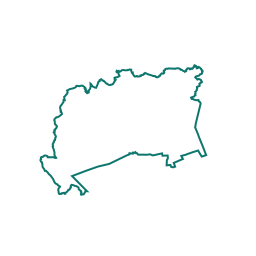 Tepechitlán, Zacatecas, Mexico, rotated 329°
{"feature_id": "50627088B62604007520144", "entity_name": "Tepechitlán", "entity_type": "district", "adm_level": 2, "iso_a3": "MEX", "parent_name": "Mexico", "parent_adm1": "Zacatecas", "projection": "natural_earth1", "projection_center": [-103.352, 21.615], "detail": "fine", "context": "isolated", "style": "outline", "palette": "teal", "viewbox_px": 256, "rotation_deg": 329, "n_neighbors": 0, "source": "geoboundaries", "source_scale": "gbopen_adm2", "svg_char_len": 5716}
<svg xmlns="http://www.w3.org/2000/svg" viewBox="0 0 256 256"><g transform="rotate(329 128 128)"><path d="M35.2,149.2L36.1,149.8L36.7,149.8L37.1,150.2L37.3,150.1L37.6,149.8L39.7,150.6L39.7,151.7L40.6,152.0L41.1,151.3L42.6,151.3L44.2,150.8L44.9,150.3L45.2,150.6L46.4,150.6L47.1,149.8L48.2,149.7L48.6,149.4L49.0,148.2L50.0,147.7L50.5,147.7L51.7,148.9L52.6,150.1L53.6,150.9L54.9,153.4L54.8,154.1L54.2,155.2L54.8,156.6L55.3,158.0L55.0,158.7L54.7,158.7L54.8,159.5L54.5,159.8L53.6,160.3L53.5,161.1L54.1,161.3L54.6,161.2L54.9,161.6L55.9,162.0L58.3,160.8L59.6,159.6L59.7,160.7L60.3,161.1L55.3,140.4L70.2,143.1L82.4,145.6L93.4,149.1L112.6,150.8L115.7,151.3L116.1,150.4L116.7,150.6L117.2,151.2L117.8,151.5L119.0,152.5L119.6,151.7L120.6,152.5L120.8,152.3L121.3,152.7L121.9,152.6L121.9,153.7L122.6,154.0L122.7,154.3L122.9,155.8L123.1,156.2L128.8,159.6L129.7,160.3L133.3,161.9L135.2,164.3L144.1,167.3L143.3,169.5L147.8,172.0L146.8,174.2L145.7,175.1L144.8,175.5L141.9,179.9L145.3,181.5L145.0,183.6L146.5,185.0L148.5,185.4L149.2,181.5L159.1,182.8L159.3,179.4L164.2,180.8L165.4,180.9L171.1,182.1L176.5,183.4L176.4,186.6L176.5,190.5L181.0,191.5L182.6,182.5L184.1,172.7L184.8,169.3L185.9,161.9L187.3,160.6L187.8,159.7L202.9,144.4L203.1,143.0L202.7,142.3L202.4,141.5L202.9,140.5L202.8,140.2L201.4,139.7L200.3,138.9L199.2,137.7L198.5,136.5L197.7,136.1L197.5,135.8L197.6,135.6L197.7,134.4L198.0,134.4L198.1,134.6L199.6,134.7L200.8,135.1L201.6,134.7L202.7,134.6L202.6,133.9L203.1,133.4L203.6,133.2L203.6,132.9L204.1,132.3L204.2,131.7L205.0,131.6L206.5,131.0L206.6,130.5L207.1,130.1L207.6,129.8L208.2,128.3L209.0,128.3L209.7,128.6L210.9,128.8L211.2,128.7L211.9,126.9L212.3,126.7L212.7,126.9L213.2,126.7L214.4,126.9L215.1,126.7L215.1,126.2L215.2,125.6L215.1,125.4L215.2,124.8L214.9,124.7L215.0,124.0L214.9,123.7L214.2,122.7L213.6,122.3L212.4,122.2L212.3,121.0L211.7,119.3L212.6,118.8L213.5,119.0L215.5,119.6L216.5,119.6L217.6,119.0L218.5,119.5L219.2,119.5L221.3,117.7L221.2,117.3L220.9,117.3L221.2,116.9L220.9,116.6L221.1,116.2L221.2,115.6L220.9,115.1L221.1,114.8L220.5,112.8L219.9,111.9L219.6,111.8L218.8,112.6L218.6,112.6L218.3,112.2L217.7,112.1L217.9,111.5L218.0,110.4L218.2,110.2L218.2,109.8L217.3,108.5L216.3,109.2L216.2,109.7L215.3,109.6L214.3,110.3L213.9,110.4L213.2,110.3L212.8,109.4L211.9,109.5L211.6,109.7L211.3,109.7L211.1,109.2L211.1,108.7L211.0,108.2L210.6,107.9L210.0,107.6L209.3,107.6L208.7,108.0L208.4,107.9L207.9,108.1L207.4,109.1L207.1,109.2L206.4,109.0L205.8,109.1L205.8,108.5L205.3,108.2L204.7,107.4L204.1,106.0L203.3,104.7L203.0,104.8L202.8,103.7L202.0,102.8L200.0,101.7L199.2,101.7L198.8,101.3L197.9,100.8L197.6,100.5L197.0,100.3L196.3,99.7L194.4,98.5L194.0,98.1L193.5,97.8L192.6,97.8L191.6,96.9L190.4,96.7L189.4,97.5L188.8,97.5L188.4,97.2L188.0,97.4L187.7,98.0L187.8,98.1L187.6,99.2L187.0,99.6L186.5,99.6L185.8,99.3L185.2,98.6L183.4,98.9L182.6,99.4L182.5,99.7L181.5,99.4L180.8,99.9L180.4,99.9L179.0,99.5L178.7,99.3L178.5,98.7L178.0,98.3L178.2,97.8L177.7,97.2L176.2,96.3L175.8,95.6L172.6,92.0L171.8,90.7L170.9,89.6L170.3,89.9L169.7,89.7L169.6,90.1L168.5,90.3L168.2,90.1L167.5,89.9L165.9,89.4L165.7,90.0L164.1,89.6L163.3,89.1L162.5,88.1L162.4,88.1L162.2,88.3L161.9,87.8L161.2,87.8L160.2,87.2L160.2,86.5L160.0,86.1L160.1,84.7L160.0,83.9L160.6,83.0L159.8,82.7L160.3,80.3L160.6,80.1L160.8,79.6L159.3,78.6L158.2,78.5L157.8,78.1L157.1,78.1L155.9,77.5L153.8,75.9L152.5,75.3L151.0,75.6L149.5,75.4L149.5,74.3L148.6,74.3L147.9,73.2L147.5,73.6L147.1,73.8L147.2,74.5L147.9,74.7L148.2,75.3L147.6,77.3L147.7,78.2L147.5,79.1L146.6,79.1L143.2,78.5L143.2,78.2L142.3,78.0L141.7,79.2L141.7,79.6L141.3,80.1L141.4,80.5L141.6,80.6L141.1,80.8L140.1,81.5L139.6,81.5L137.9,82.6L137.3,82.4L136.4,82.5L135.7,82.1L134.7,82.0L134.0,81.4L133.2,80.3L133.0,79.4L132.5,79.1L132.1,77.9L132.0,76.9L131.7,75.6L131.2,75.2L131.0,74.4L130.8,74.4L130.4,73.9L130.3,72.5L129.6,72.3L128.3,72.4L127.8,73.3L127.2,73.0L126.3,73.3L125.7,73.7L125.6,74.1L121.4,77.1L120.3,76.1L119.5,74.9L119.0,73.9L118.9,72.6L119.0,71.6L118.7,70.7L117.7,72.6L117.0,73.6L115.5,75.0L114.2,75.4L113.7,75.7L112.7,77.3L110.9,77.1L110.8,76.6L111.6,75.8L111.3,75.4L110.4,75.2L110.4,74.6L111.2,74.2L111.2,73.7L111.4,74.0L111.6,74.0L111.4,73.2L111.8,72.9L112.1,71.8L111.7,70.1L111.0,68.9L110.9,68.4L110.6,68.3L109.9,67.7L107.7,67.1L106.7,66.1L105.6,65.4L105.2,65.4L104.7,65.9L104.2,66.1L102.6,66.0L100.2,65.4L98.3,64.7L95.1,64.5L95.1,65.2L94.8,66.0L94.6,66.3L94.2,66.4L93.6,67.3L92.9,67.3L92.6,67.6L92.1,67.6L91.0,68.1L89.2,68.5L88.1,71.5L87.2,70.8L86.1,72.5L85.0,72.9L83.8,73.6L81.6,74.4L80.6,75.1L79.9,76.3L79.6,78.0L79.2,78.1L78.6,79.5L79.1,79.7L78.8,81.4L78.5,82.1L74.3,82.6L72.3,82.2L72.1,81.9L71.7,82.0L69.5,82.6L68.8,83.3L68.8,84.2L67.8,86.1L67.4,87.4L67.9,88.5L67.9,89.8L67.8,90.2L67.4,90.3L67.0,90.9L66.5,91.1L65.3,91.4L65.2,91.6L64.2,91.6L63.9,92.6L63.2,92.6L63.0,93.7L62.1,93.6L61.9,98.0L61.0,98.9L60.4,99.1L59.9,100.1L59.1,100.3L59.0,100.9L57.8,101.1L57.2,101.6L57.1,102.0L56.7,102.0L56.3,102.3L55.8,102.9L55.5,102.9L55.1,103.1L54.9,103.5L54.6,104.7L54.4,105.1L53.8,105.2L53.4,107.1L53.4,108.1L53.0,108.8L52.5,110.9L51.1,113.2L50.9,114.1L51.0,116.6L50.6,116.5L50.1,116.1L49.6,115.4L48.7,114.4L46.4,113.2L45.7,112.5L44.5,112.1L44.4,111.7L44.2,111.6L44.5,111.2L44.2,110.2L43.0,109.0L42.3,108.6L41.2,108.6L40.9,108.9L39.8,108.8L39.3,108.4L38.2,108.4L38.0,108.8L37.4,110.0L36.9,109.9L36.3,110.6L36.1,112.1L36.4,112.4L36.6,113.0L36.6,113.3L36.1,114.0L36.2,114.4L35.9,115.1L34.8,117.1L34.8,119.0L35.0,119.5L34.7,122.0L35.6,122.4L36.3,125.0L36.4,126.8L37.1,128.7L37.5,133.2L37.1,136.4L37.2,137.8L37.6,138.8L38.4,139.8L38.5,140.2L38.4,140.9L39.6,143.1L38.9,143.6L37.4,144.0L36.2,145.2L35.9,146.4L35.1,148.0L35.4,148.8L35.2,149.2Z" fill="none" stroke="#0f766e" stroke-width="2"/></g></svg>